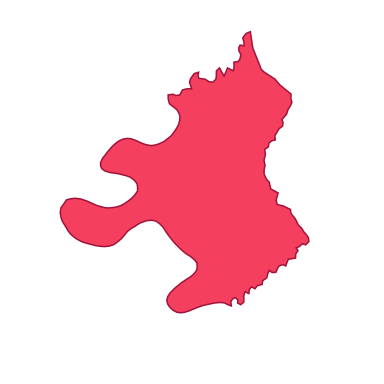 Alpestre, Rio Grande do Sul, Brazil (orthographic projection), rotated 246°
{"feature_id": "56859067B81551762900841", "entity_name": "Alpestre", "entity_type": "district", "adm_level": 2, "iso_a3": "BRA", "parent_name": "Brazil", "parent_adm1": "Rio Grande do Sul", "projection": "orthographic", "projection_center": [-53.064, -27.203], "detail": "fine", "context": "isolated", "style": "filled", "palette": "rose", "viewbox_px": 384, "rotation_deg": 246, "n_neighbors": 0, "source": "geoboundaries", "source_scale": "gbopen_adm2", "svg_char_len": 3242}
<svg xmlns="http://www.w3.org/2000/svg" viewBox="0 0 384 384"><g transform="rotate(246 192 192)"><path d="M235.9,74.2L233.4,70.2L230.9,65.9L226.7,63.2L222.2,62.0L218.1,61.7L215.1,62.0L211.6,62.5L206.8,63.0L202.3,64.2L199.2,65.7L196.2,67.4L192.6,70.1L190.2,72.3L187.3,75.8L184.5,79.3L182.2,82.2L179.6,86.2L177.6,90.1L176.2,94.4L175.7,99.2L176.9,104.7L178.1,108.6L179.8,112.2L182.2,116.9L183.5,121.9L183.8,126.0L184.5,129.5L184.7,133.5L184.3,138.7L182.6,143.7L180.1,147.2L176.2,149.5L172.2,151.1L169.4,151.6L165.4,152.2L160.2,153.3L155.1,154.6L151.1,155.8L148.5,156.9L145.6,157.9L141.8,159.5L137.6,161.7L133.9,164.3L129.0,166.7L125.2,167.6L121.9,166.5L118.9,164.6L117.2,162.0L115.9,158.9L115.1,155.6L114.4,151.1L113.4,145.3L112.4,141.8L111.5,138.4L110.3,134.8L108.8,131.1L106.4,127.4L103.5,125.0L99.7,124.2L96.3,124.7L91.8,126.5L88.3,129.2L86.2,132.7L85.2,136.0L84.6,140.3L84.5,144.5L84.4,148.9L84.1,152.9L83.7,156.9L82.8,161.1L82.1,164.4L81.4,167.5L80.3,170.9L78.9,174.2L77.2,176.8L74.5,178.9L71.9,181.6L75.9,182.8L77.8,185.5L77.8,188.7L74.8,190.0L71.9,188.5L69.2,190.8L70.3,194.5L73.0,195.8L75.9,196.9L79.3,199.9L76.1,202.6L79.6,204.8L81.2,207.7L78.0,210.2L79.8,213.5L79.0,218.5L82.2,220.5L83.1,225.3L86.7,228.2L89.0,230.7L85.8,232.4L84.5,236.0L87.4,239.0L89.0,241.6L88.7,245.5L86.3,247.5L88.6,249.7L91.3,252.6L90.3,256.6L89.5,259.7L93.3,261.6L95.3,265.0L98.5,264.4L98.5,267.9L99.8,271.6L97.5,274.4L99.1,278.6L102.6,279.7L105.6,279.3L110.1,278.0L114.7,277.3L118.7,275.7L122.2,275.7L126.2,275.3L129.2,274.5L132.5,273.7L136.0,274.9L142.0,269.8L145.9,264.8L150.3,265.5L156.1,270.3L162.8,265.2L169.6,266.6L172.7,265.4L175.5,265.2L179.0,265.2L182.6,266.7L186.6,269.6L191.5,270.6L196.5,274.4L201.3,275.7L202.1,280.1L205.4,282.2L206.3,285.7L205.7,289.3L209.6,290.5L212.1,294.0L214.3,297.2L215.4,301.6L218.6,303.5L221.6,303.5L223.0,306.7L224.7,310.1L228.1,313.1L230.7,316.9L233.2,319.7L237.3,320.4L241.2,322.3L253.9,315.9L261.2,313.8L272.4,306.6L275.9,305.2L298.8,306.1L314.7,310.5L314.8,305.8L312.1,301.0L307.5,300.3L304.4,299.1L306.7,295.7L304.7,293.4L301.9,292.2L297.6,292.6L294.2,290.0L292.4,287.4L293.6,283.1L288.9,281.2L286.0,279.0L290.9,274.9L287.9,271.8L284.9,268.5L289.0,268.0L294.2,267.6L292.7,263.5L288.3,261.5L285.3,259.7L283.8,255.6L285.9,252.4L289.8,249.8L293.0,244.5L296.0,244.9L298.7,246.8L299.3,242.2L296.2,236.9L293.4,234.4L286.5,233.6L288.5,228.8L289.1,224.8L285.5,220.2L286.9,216.3L289.1,214.3L290.4,209.7L286.4,208.0L281.9,207.3L279.3,208.5L275.8,210.5L273.0,211.7L269.3,212.1L265.8,211.7L261.7,209.3L259.2,207.3L256.8,204.3L254.2,200.2L251.7,195.5L250.5,190.9L249.5,186.8L249.4,181.7L249.8,177.9L250.9,173.8L253.3,170.1L255.4,167.6L258.1,165.0L260.4,163.1L262.8,160.8L265.5,157.9L267.4,154.4L268.4,150.3L268.4,146.0L267.5,142.0L266.0,137.5L264.1,133.5L262.5,130.1L261.0,127.5L259.2,124.0L255.9,120.3L252.9,119.1L249.8,119.1L246.5,121.1L242.9,125.3L240.7,128.9L238.8,131.9L236.0,135.5L233.6,138.6L230.7,141.6L226.2,144.1L221.8,145.2L218.2,144.1L215.0,142.6L212.6,138.6L210.6,133.8L209.6,129.6L208.9,125.6L208.5,121.2L209.2,116.1L210.4,112.0L211.7,108.6L213.5,105.5L216.5,101.8L219.1,98.9L222.0,96.4L224.1,94.5L227.1,91.7L231.0,87.4L233.9,82.5L235.1,78.6L235.9,74.2Z" fill="#f43f5e" stroke="#9f1239" stroke-width="1.5"/></g></svg>